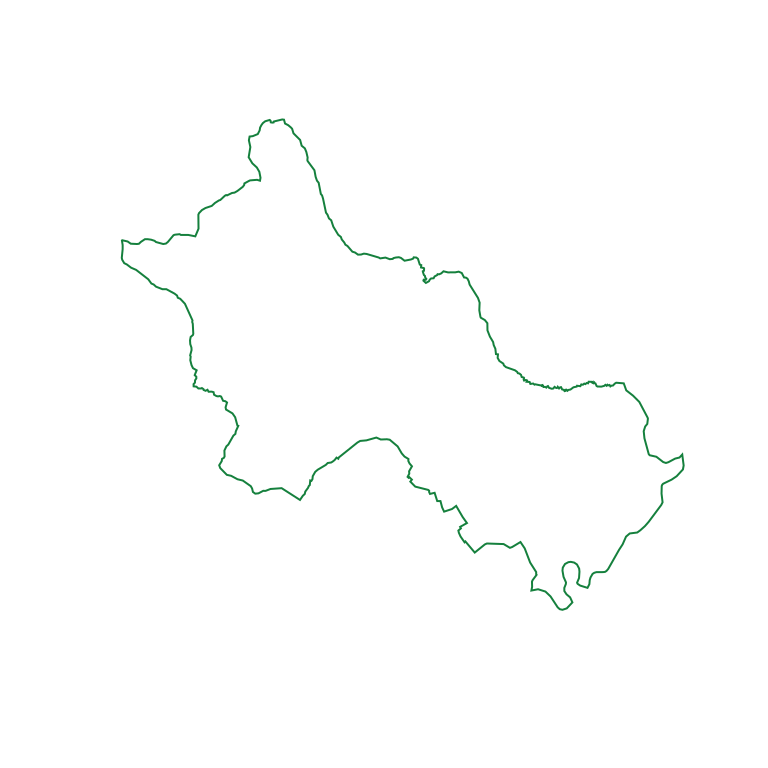 the district of Aita Mare, Covasna, Romania, rotated 214°
{"feature_id": "2599482B68791868874365", "entity_name": "Aita Mare", "entity_type": "district", "adm_level": 2, "iso_a3": "ROU", "parent_name": "Romania", "parent_adm1": "Covasna", "projection": "albers", "projection_center": [25.64, 45.977], "detail": "fine", "context": "isolated", "style": "outline", "palette": "green", "viewbox_px": 768, "rotation_deg": 214, "n_neighbors": 0, "source": "geoboundaries", "source_scale": "gbopen_adm2", "svg_char_len": 6142}
<svg xmlns="http://www.w3.org/2000/svg" viewBox="0 0 768 768"><g transform="rotate(214 384 384)"><path d="M629.4,535.4L630.3,532.6L630.4,530.2L630.1,527.3L628.9,524.7L628.4,520.6L631.4,516.1L633.8,514.0L632.3,510.5L627.3,505.7L623.0,496.3L616.5,493.3L610.5,492.4L606.0,490.2L601.7,485.9L600.5,483.2L603.4,482.3L608.9,477.9L609.6,476.7L611.9,472.2L611.2,470.8L611.3,468.6L613.5,462.0L614.9,459.1L616.8,457.4L619.6,452.6L620.5,452.4L621.2,451.1L622.6,445.0L623.5,443.9L625.4,439.5L626.4,435.3L630.4,430.1L632.2,426.4L632.9,422.3L632.6,420.6L624.6,409.0L623.0,400.9L629.7,398.1L635.8,394.0L637.2,393.9L640.8,390.9L641.7,389.7L642.6,380.9L643.3,378.5L645.3,376.6L652.4,374.2L654.3,374.4L657.8,373.4L660.9,371.9L663.2,370.3L665.0,365.9L665.6,363.2L667.1,361.9L672.4,358.7L676.2,358.8L681.4,356.8L681.5,356.4L678.4,353.1L676.1,349.7L671.9,341.9L670.5,340.6L666.9,338.9L664.1,339.3L658.7,339.0L653.3,340.0L638.0,339.0L633.0,337.2L630.6,337.7L627.4,337.2L620.7,338.7L617.4,340.9L608.2,341.8L605.0,341.6L603.2,340.2L600.6,340.7L593.9,339.2L578.3,329.6L577.7,328.2L576.2,327.0L570.2,319.0L569.8,317.8L570.6,314.9L569.2,311.7L566.9,308.7L564.0,306.5L562.5,304.5L560.7,299.3L559.6,298.6L557.9,295.4L554.1,292.0L551.2,290.3L547.0,290.6L545.9,285.5L543.7,285.1L542.7,283.7L542.7,281.4L541.5,279.4L541.8,277.4L540.5,275.6L538.0,276.9L535.4,276.5L533.0,278.1L532.7,278.8L530.8,278.8L530.2,278.2L528.1,278.6L527.1,280.5L525.1,279.5L522.6,281.3L520.7,281.9L518.9,280.1L516.2,280.3L514.7,280.9L513.4,282.2L512.0,282.5L508.0,280.1L505.9,281.0L503.8,280.9L502.3,276.1L500.7,274.5L493.2,274.9L488.8,273.2L482.3,267.6L481.4,267.8L480.4,261.9L479.3,259.5L480.0,257.0L479.2,246.7L479.8,244.2L479.1,239.6L475.6,234.7L475.5,233.1L476.4,231.4L475.4,229.3L475.2,224.5L472.7,222.7L463.5,220.8L459.4,222.4L452.2,223.1L447.1,225.0L437.3,224.8L434.9,223.6L432.3,221.2L429.4,221.1L426.9,223.2L424.4,227.9L422.4,229.2L419.4,233.5L410.6,240.4L388.8,240.9L388.8,245.9L388.2,248.5L389.1,250.8L388.9,255.4L389.3,257.3L389.0,258.7L391.2,262.8L390.0,263.1L390.1,265.1L391.5,267.7L391.9,272.7L391.0,275.9L387.0,284.4L386.5,287.0L383.9,289.4L383.2,290.9L382.4,293.4L382.2,296.4L380.1,296.5L380.4,297.8L373.3,320.6L371.9,323.5L367.1,327.4L360.4,335.3L355.6,336.2L350.7,339.8L348.1,341.0L337.8,339.9L330.5,336.4L326.4,335.3L321.8,335.5L320.8,333.8L318.4,332.4L314.8,331.4L314.4,325.7L312.9,323.8L312.5,320.2L311.1,320.0L310.9,320.9L307.4,320.3L307.6,317.8L300.7,316.4L288.2,320.9L286.9,320.8L286.2,319.7L284.4,318.6L281.2,322.1L274.4,316.7L271.7,318.5L266.8,314.2L262.8,311.8L257.7,318.4L256.0,323.3L244.4,317.7L237.5,315.1L241.0,308.1L239.5,307.3L240.4,304.1L238.7,302.5L235.3,300.4L228.7,297.8L228.5,299.0L214.5,295.0L210.7,307.4L209.5,309.3L195.3,318.2L188.0,318.6L186.6,320.5L182.5,329.3L175.4,326.4L163.0,317.7L152.7,313.2L151.4,311.3L150.8,311.1L151.1,304.5L150.8,302.9L147.8,298.7L146.3,295.2L141.5,300.0L134.1,302.2L127.1,301.0L115.2,296.0L112.4,295.6L109.8,296.6L107.0,300.2L105.7,308.3L110.4,311.2L115.1,311.7L118.7,313.2L120.5,315.8L121.4,319.9L122.2,321.3L127.3,324.5L131.7,329.1L133.1,331.8L133.3,336.0L131.5,339.4L129.7,341.0L126.5,342.3L123.1,342.3L119.0,340.1L117.0,337.7L113.8,332.2L112.8,327.2L111.7,326.6L108.6,326.6L101.3,328.8L101.8,332.9L103.8,336.5L104.6,339.1L104.9,343.2L104.1,345.1L102.6,346.9L96.7,350.9L95.6,352.0L95.0,353.5L94.7,356.0L96.4,377.9L96.5,384.5L98.0,392.8L96.7,397.5L91.0,402.5L89.7,406.1L88.2,412.1L87.5,417.7L86.5,438.7L86.9,441.7L92.6,448.3L96.7,454.7L97.0,456.1L96.8,457.4L92.1,465.5L89.8,471.2L88.4,480.3L90.0,484.0L97.3,492.3L97.9,488.3L100.9,485.0L104.5,478.2L106.1,476.2L108.9,475.4L117.5,476.0L123.9,473.5L125.3,473.9L137.7,484.6L142.3,490.1L143.7,494.8L143.4,498.1L145.8,502.8L146.6,503.5L162.3,511.9L171.0,513.6L179.6,514.2L185.6,518.6L192.2,514.9L192.9,513.3L193.3,510.8L194.6,509.7L195.0,508.6L196.5,509.3L197.4,508.2L198.4,508.3L198.5,507.0L200.0,507.1L200.4,505.6L202.3,503.4L205.6,501.3L206.6,501.2L209.0,502.7L209.8,502.4L210.4,502.8L210.7,501.7L211.4,501.6L212.1,502.5L212.7,501.6L213.3,501.8L215.6,500.3L215.2,498.7L216.5,498.2L217.0,496.5L218.2,496.3L218.7,494.6L220.2,494.0L220.0,492.0L223.0,490.5L222.8,489.6L225.1,487.2L226.3,483.7L227.9,482.1L228.1,481.0L229.7,481.3L230.2,480.8L229.7,479.8L230.3,479.1L231.7,479.7L233.3,479.1L235.4,480.4L236.1,479.8L236.4,478.2L238.3,478.8L238.1,477.8L238.9,477.0L241.0,477.0L241.1,475.0L242.2,473.9L245.0,473.1L246.9,474.0L247.3,473.5L247.4,471.8L248.8,471.7L250.1,470.7L251.1,471.5L251.9,470.8L252.3,471.5L253.2,470.5L258.5,468.3L258.9,467.6L260.6,467.8L262.7,465.9L264.4,467.1L267.0,465.6L267.2,466.8L267.7,467.0L268.8,466.5L269.8,465.2L270.7,465.8L271.2,467.3L271.7,467.5L273.8,466.8L275.5,468.2L277.6,468.4L279.1,467.8L280.3,468.5L283.1,468.6L292.3,466.2L295.0,466.5L296.5,467.6L301.2,467.6L304.4,469.2L306.1,472.3L307.9,471.4L311.4,475.5L314.8,477.6L317.0,479.8L322.7,482.5L328.2,486.3L332.3,492.2L336.2,493.4L340.8,493.1L341.6,493.6L346.2,498.4L350.2,504.9L354.2,507.9L368.6,514.3L371.1,516.5L373.7,518.0L375.5,518.0L377.2,517.1L381.6,519.5L384.9,518.9L387.4,516.4L393.4,512.3L397.7,510.7L398.4,507.7L399.7,505.7L401.0,505.0L400.9,503.9L402.2,501.5L402.0,499.4L404.0,497.8L404.4,496.1L404.2,494.3L405.8,491.2L409.1,491.7L409.4,492.7L407.7,493.7L407.7,494.8L409.3,495.3L410.5,496.5L411.9,496.7L414.6,498.8L414.9,499.2L414.2,500.2L415.2,502.0L415.8,502.4L418.5,501.3L419.6,503.4L421.1,503.0L425.9,506.8L427.9,506.9L430.2,505.6L430.0,504.2L431.3,502.3L435.9,497.7L440.5,498.0L442.6,497.4L445.0,495.4L446.6,493.6L446.7,492.6L449.0,490.7L453.5,489.6L457.4,486.0L459.1,485.9L471.1,482.1L473.6,480.8L475.4,478.5L477.9,476.7L481.6,476.8L484.2,476.0L491.5,478.0L493.9,477.9L496.1,479.1L499.8,480.2L502.0,481.8L505.4,482.1L514.0,486.1L519.3,490.2L522.2,490.5L525.6,492.8L527.9,493.6L538.2,503.6L540.8,505.7L542.6,506.2L550.7,514.3L553.3,515.1L556.5,517.5L561.2,522.3L571.9,526.1L572.7,526.7L574.0,529.1L578.1,532.9L581.4,535.1L585.5,535.5L590.0,539.4L599.2,541.2L602.9,544.2L604.5,544.6L608.1,545.0L611.7,544.6L614.7,547.2L616.3,546.4L621.5,540.7L622.1,540.0L621.8,539.1L622.8,538.2L624.2,537.6L625.3,538.8L626.4,539.0L629.4,535.4Z" fill="none" stroke="#15803d" stroke-width="2"/></g></svg>